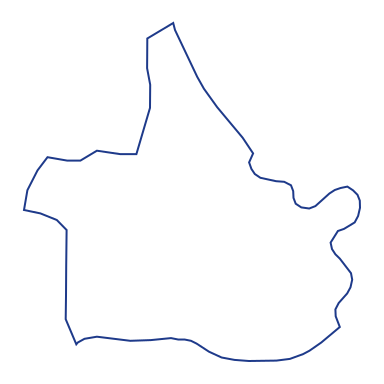 Thosan, Hwanghae-bukto, North Korea
{"feature_id": "82179303B9528454471639", "entity_name": "Thosan", "entity_type": "district", "adm_level": 2, "iso_a3": "PRK", "parent_name": "North Korea", "parent_adm1": "Hwanghae-bukto", "projection": "robinson", "projection_center": [126.762, 38.336], "detail": "fine", "context": "isolated", "style": "outline", "palette": "blue", "viewbox_px": 384, "rotation_deg": 0, "n_neighbors": 0, "source": "geoboundaries", "source_scale": "gbopen_adm2", "svg_char_len": 1146}
<svg xmlns="http://www.w3.org/2000/svg" viewBox="0 0 384 384"><path d="M250.4,159.5L253.1,153.4L242.7,137.8L217.1,107.1L203.9,88.7L197.2,76.8L175.0,30.0L173.2,23.0L147.3,38.5L147.2,55.0L147.1,68.2L150.2,84.8L150.0,107.9L143.2,131.0L136.4,154.1L120.0,154.1L96.9,150.7L80.4,160.6L67.2,160.6L47.5,157.2L37.5,170.4L27.4,190.2L24.0,210.0L40.4,213.4L56.8,220.0L66.6,230.0L66.2,266.3L66.0,296.1L65.7,319.2L76.3,344.3L77.8,342.5L84.5,338.8L96.9,336.7L130.3,340.8L150.8,340.1L171.0,338.1L178.1,339.5L184.5,339.5L191.0,340.8L196.6,343.6L209.0,351.7L221.6,357.5L234.5,359.9L248.9,361.0L276.4,360.6L289.9,358.9L303.1,354.1L309.5,350.7L321.3,342.5L339.8,327.0L335.7,316.3L335.4,309.4L338.7,303.0L347.2,293.4L350.5,287.3L352.2,279.7L351.0,273.2L339.8,258.6L335.4,254.3L332.0,249.1L330.6,242.6L337.9,231.0L344.0,228.9L354.7,222.4L358.1,216.0L360.0,207.8L359.8,200.6L357.5,194.8L353.0,190.3L347.4,186.6L340.6,188.0L334.8,190.0L329.4,193.5L315.4,206.1L309.2,208.5L301.3,207.4L295.7,203.7L293.5,197.9L293.2,191.1L291.0,185.3L284.2,181.8L276.1,181.2L260.4,177.8L254.8,174.0L251.4,168.9L249.1,162.4L250.4,159.5Z" fill="none" stroke="#1e3a8a" stroke-width="2"/></svg>